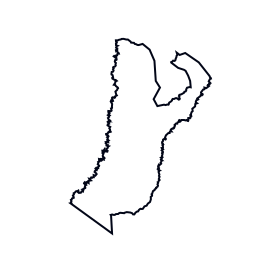 outline of Assis Brasil, Acre, Brazil, rotated 306°
{"feature_id": "56859067B14665514610138", "entity_name": "Assis Brasil", "entity_type": "district", "adm_level": 2, "iso_a3": "BRA", "parent_name": "Brazil", "parent_adm1": "Acre", "projection": "robinson", "projection_center": [-69.972, -10.719], "detail": "fine", "context": "isolated", "style": "outline", "palette": "ink", "viewbox_px": 256, "rotation_deg": 306, "n_neighbors": 0, "source": "geoboundaries", "source_scale": "gbopen_adm2", "svg_char_len": 5927}
<svg xmlns="http://www.w3.org/2000/svg" viewBox="0 0 256 256"><g transform="rotate(306 128 128)"><path d="M95.2,121.5L94.8,122.0L93.3,121.7L92.9,122.0L93.9,122.9L90.8,123.8L90.2,124.4L90.0,126.5L89.7,126.8L89.3,126.7L89.0,125.9L88.2,126.9L87.2,124.3L86.7,123.8L86.5,125.8L85.9,125.7L85.5,125.2L85.5,123.1L84.0,124.4L82.9,123.8L82.5,124.5L80.9,124.8L80.6,126.8L80.1,127.0L78.9,126.7L78.1,127.4L77.3,125.7L76.1,125.5L75.9,126.3L76.2,127.3L75.4,127.5L74.9,126.7L73.5,126.5L72.8,126.8L72.6,129.1L72.3,129.7L70.2,129.6L69.7,127.9L68.1,129.2L67.7,128.6L66.8,128.4L66.4,127.9L66.4,127.3L64.7,127.3L64.3,127.1L64.1,126.5L63.6,127.4L63.9,128.1L63.8,128.8L62.0,127.1L60.4,128.4L60.4,126.6L59.9,126.3L58.7,127.0L58.4,126.7L58.7,124.9L57.9,124.8L57.3,125.0L57.1,127.5L56.4,127.1L54.7,127.8L54.8,128.4L54.3,128.7L51.6,127.3L51.7,128.3L50.1,128.9L50.0,128.3L49.5,127.7L47.9,127.9L46.6,126.4L46.7,125.3L47.7,125.2L48.2,124.6L46.9,124.1L46.6,123.4L45.9,123.0L44.5,123.0L43.3,122.4L42.4,123.3L41.0,123.1L40.2,124.7L39.8,125.0L39.5,124.5L38.9,124.7L38.0,124.1L37.0,124.5L36.3,124.1L35.5,125.3L34.4,125.4L33.9,126.5L33.3,125.9L33.3,177.1L47.3,165.7L47.5,165.1L48.7,166.0L49.1,167.2L50.0,168.4L51.2,168.8L52.7,170.6L54.0,170.9L54.8,171.5L56.8,174.9L57.2,174.9L59.2,176.4L61.0,179.6L61.5,181.5L61.1,182.9L61.8,183.9L63.9,183.8L65.7,184.4L66.5,185.2L68.1,185.0L69.4,185.3L70.0,185.6L70.5,186.7L71.3,187.5L74.3,187.4L76.1,188.7L78.5,188.5L81.1,189.3L83.8,188.4L85.6,186.9L87.2,187.3L87.8,187.0L88.3,186.0L89.0,186.2L91.6,185.3L93.3,186.0L93.8,185.7L95.9,186.2L96.2,185.8L98.1,186.4L99.2,186.0L99.8,184.9L101.2,184.7L101.6,184.0L102.0,184.3L103.4,183.9L104.5,184.1L104.8,182.9L107.1,182.2L107.4,181.2L108.9,180.7L110.1,178.9L111.2,178.6L110.9,178.3L111.2,177.9L111.8,177.9L112.3,178.4L112.3,176.2L112.9,176.2L112.8,177.0L113.8,176.7L114.2,175.2L114.9,174.8L115.5,175.2L116.0,174.6L116.5,174.5L116.5,175.3L118.6,175.8L119.0,174.8L120.7,174.7L121.5,173.6L121.9,174.2L122.0,173.4L123.1,173.3L123.3,172.1L124.7,172.9L124.9,172.2L125.4,171.8L126.8,171.5L127.4,170.6L127.9,170.8L128.3,170.2L128.9,170.5L129.3,170.2L129.7,168.4L131.2,168.9L131.2,167.8L131.6,167.0L132.6,167.9L134.4,166.4L135.0,166.3L134.7,165.7L135.9,165.3L135.9,164.3L137.0,163.8L137.9,164.0L139.2,163.2L140.5,163.7L140.6,165.0L141.0,165.2L141.6,164.8L141.5,164.0L141.9,163.6L144.4,163.0L147.6,163.6L148.4,164.6L149.6,164.0L150.1,164.1L150.8,165.2L151.2,163.9L151.8,163.6L153.0,163.8L153.5,164.5L154.7,164.6L154.6,165.2L155.1,165.3L157.6,164.6L157.8,163.9L159.8,164.2L160.5,165.3L161.6,164.8L162.8,165.5L164.1,164.7L164.5,164.9L163.8,166.4L164.4,166.6L165.8,166.4L167.7,169.1L167.8,169.9L168.9,170.7L168.7,171.8L169.0,172.5L169.6,172.4L171.4,170.9L171.9,171.4L172.3,172.4L173.2,172.5L174.8,171.1L175.1,171.9L176.2,170.8L178.1,170.1L179.7,170.4L181.4,168.7L184.9,169.6L187.0,168.3L188.6,169.3L188.5,167.9L188.9,167.5L190.5,167.0L192.4,168.0L192.6,167.5L192.1,166.9L192.5,166.6L196.3,167.8L197.3,167.5L197.9,168.6L198.9,168.8L199.3,168.3L199.0,167.6L199.3,166.4L199.8,166.1L203.3,166.2L204.2,167.0L204.7,167.0L205.6,166.1L206.3,167.9L209.3,168.8L209.3,167.4L209.8,167.3L211.2,168.4L211.8,168.2L211.6,167.5L212.0,167.4L212.8,168.0L213.2,165.9L215.7,165.5L216.7,166.1L217.2,165.4L217.3,164.4L218.0,163.4L222.7,146.7L222.3,130.2L217.5,126.9L217.6,123.1L216.1,125.0L214.8,124.9L213.8,125.5L211.9,125.9L211.1,126.4L209.7,126.3L209.0,124.9L208.0,124.9L206.6,124.2L206.3,124.6L206.1,133.2L208.0,139.1L208.1,141.0L205.7,145.9L202.6,150.6L197.8,154.8L197.3,153.7L195.3,152.1L193.4,152.4L192.5,153.1L191.4,153.1L190.5,152.3L189.4,152.6L186.7,151.4L185.0,150.1L183.8,150.4L183.8,151.0L182.8,151.5L182.1,152.7L181.5,152.8L180.8,152.4L180.8,149.9L180.0,148.9L178.7,148.3L177.8,147.1L177.0,147.0L176.2,147.4L174.8,147.2L172.7,146.4L170.9,147.1L170.5,146.9L170.2,146.0L168.7,145.0L168.0,143.4L163.0,138.9L166.4,131.8L179.5,130.1L182.4,122.8L197.9,109.9L204.1,99.4L204.6,90.4L201.4,87.9L200.7,86.7L200.6,85.5L200.0,84.0L200.4,82.8L198.9,80.3L199.4,79.4L199.5,75.9L198.6,74.7L197.5,72.0L196.2,70.4L195.5,70.2L194.0,68.8L193.0,68.3L191.8,66.7L191.0,67.4L190.8,68.6L190.2,68.8L189.4,68.5L188.0,69.6L188.4,71.2L187.4,70.7L186.0,71.1L186.1,72.6L185.7,72.9L183.9,72.4L183.4,73.0L184.3,73.1L184.6,73.5L182.9,75.3L183.1,76.5L182.8,76.9L182.3,76.2L181.7,75.9L180.5,76.5L179.5,75.6L178.8,76.5L178.4,76.1L178.1,74.4L177.6,74.3L177.5,77.7L176.8,78.5L176.3,78.6L175.6,77.7L174.2,78.1L173.7,78.7L173.5,80.0L172.2,80.4L171.3,81.4L170.1,81.3L168.7,80.3L168.2,80.4L167.9,81.3L166.7,81.3L166.1,82.5L164.9,82.8L163.8,81.9L162.0,82.8L161.6,83.2L161.7,84.5L160.1,86.3L159.7,86.4L159.2,85.9L158.8,86.3L159.0,88.6L159.6,89.8L159.5,91.1L158.3,90.4L157.1,91.1L154.7,91.2L155.3,92.4L154.8,93.6L154.7,96.1L154.3,96.6L153.6,96.4L152.5,96.8L150.1,96.4L148.1,98.8L147.8,99.8L145.8,98.9L145.1,99.6L144.4,99.3L144.0,97.7L143.3,97.3L142.8,97.4L141.1,100.0L140.4,99.7L140.4,98.2L139.3,98.4L138.1,101.1L136.0,102.3L135.0,103.2L134.4,103.3L133.8,102.8L132.4,104.5L131.6,104.3L130.2,102.1L129.4,102.6L129.1,103.3L129.6,104.0L129.0,104.5L128.2,104.0L127.6,104.1L127.4,105.5L126.5,104.7L126.4,105.8L126.0,106.2L124.3,105.9L123.4,107.6L123.5,109.1L122.6,109.0L122.2,109.5L120.8,108.6L120.3,110.2L119.0,109.5L118.1,109.9L118.4,113.0L116.8,113.0L116.3,114.3L115.5,114.7L114.8,116.2L113.9,115.6L113.8,114.8L112.9,114.5L111.6,114.9L110.3,113.8L109.8,114.2L110.1,116.6L109.8,117.1L109.3,117.0L109.2,116.5L108.6,116.5L108.9,117.2L108.0,117.3L107.3,118.1L106.7,118.0L106.6,119.2L106.1,118.7L105.6,118.8L105.5,119.9L104.9,120.4L104.4,118.8L103.6,118.3L103.5,119.0L102.6,119.0L102.6,119.8L101.5,120.6L102.2,121.6L101.4,121.9L101.9,123.1L100.7,122.7L100.2,123.2L99.4,123.3L98.2,122.8L97.3,123.8L97.5,124.9L96.9,125.1L96.8,124.3L96.2,124.3L95.9,123.8L96.0,123.1L95.3,122.1L96.3,121.5L95.2,121.5ZM95.2,121.5L94.6,120.6L94.3,120.9L94.6,121.3L95.2,121.5ZM122.6,109.0L122.6,108.3L122.1,108.2L122.6,109.0Z" fill="none" stroke="#020617" stroke-width="2"/></g></svg>